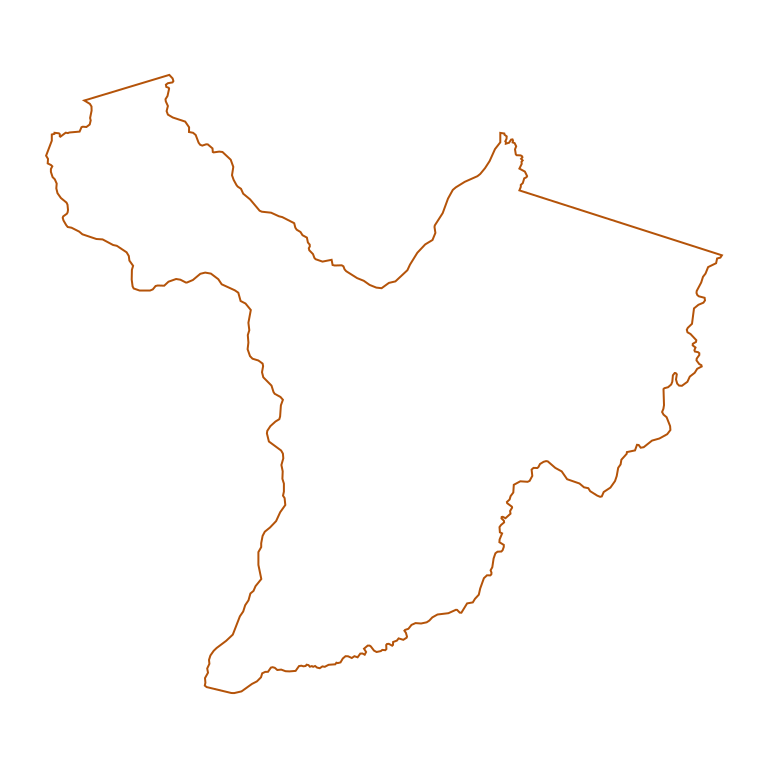 the district of San Francisco, Antioquia, Colombia
{"feature_id": "7082276B5434508812128", "entity_name": "San Francisco", "entity_type": "district", "adm_level": 2, "iso_a3": "COL", "parent_name": "Colombia", "parent_adm1": "Antioquia", "projection": "mercator", "projection_center": [-74.988, 5.874], "detail": "fine", "context": "isolated", "style": "outline", "palette": "amber", "viewbox_px": 768, "rotation_deg": 0, "n_neighbors": 0, "source": "geoboundaries", "source_scale": "gbopen_adm2", "svg_char_len": 6067}
<svg xmlns="http://www.w3.org/2000/svg" viewBox="0 0 768 768"><path d="M721.9,255.3L519.4,190.4L520.8,186.9L520.8,184.9L522.8,183.1L524.2,178.4L526.5,177.2L527.1,176.1L524.9,171.6L519.4,168.6L521.7,163.9L521.5,161.8L522.7,160.4L521.1,158.8L522.4,157.4L522.2,156.4L520.7,155.4L516.6,155.2L515.8,154.3L515.0,149.3L516.2,146.3L514.6,143.1L512.6,142.4L513.0,140.5L512.5,139.4L511.1,139.6L509.1,142.7L505.8,143.7L505.9,142.0L505.3,141.3L506.5,138.9L506.7,136.4L504.5,134.7L504.3,133.5L500.3,132.9L500.3,142.3L495.0,149.1L489.6,161.1L485.0,168.2L480.2,174.0L477.4,176.2L464.8,181.8L455.9,187.3L452.8,189.9L448.0,198.6L442.7,213.1L434.8,225.4L434.5,227.0L435.4,232.9L432.5,240.0L425.2,244.4L417.3,252.8L410.0,264.6L407.4,270.2L395.4,281.4L388.9,282.9L381.6,288.2L376.3,287.6L369.6,284.9L363.8,280.8L357.1,278.1L346.2,271.2L344.6,269.4L343.4,266.3L341.7,265.3L334.7,265.5L332.6,265.0L331.6,259.8L322.5,261.6L315.6,259.2L314.4,257.9L313.0,254.1L309.3,250.3L308.8,248.2L309.8,246.5L309.7,244.6L307.9,242.5L306.9,237.6L302.5,235.2L300.5,232.0L296.7,229.7L295.3,227.6L294.2,223.2L282.3,217.1L279.0,216.3L271.1,212.7L261.8,211.7L259.6,210.7L250.1,199.4L243.2,193.7L241.0,188.8L237.7,186.6L236.5,185.1L233.6,179.8L232.0,175.2L233.3,166.9L230.7,159.7L222.5,152.0L219.2,151.6L213.6,152.4L212.8,152.0L212.5,148.4L207.8,144.4L206.2,144.3L202.3,145.6L200.2,144.8L198.6,142.7L195.7,135.0L193.1,132.8L189.0,132.0L189.1,127.3L185.2,121.6L172.8,117.5L167.9,114.6L166.6,111.1L167.9,106.0L165.8,101.4L165.5,99.2L167.5,96.0L169.1,88.7L168.7,87.8L166.3,86.9L165.9,84.7L167.9,83.2L172.5,82.4L173.4,81.1L172.6,78.4L169.3,74.9L84.3,100.5L89.9,103.9L91.5,106.5L91.6,110.6L90.1,118.0L90.7,120.4L89.7,124.5L86.4,127.0L82.8,126.7L81.5,127.2L79.6,131.6L69.3,132.5L67.9,133.1L65.7,132.7L60.4,136.7L59.8,136.3L59.8,134.2L58.9,133.3L54.5,132.8L54.4,133.9L51.8,134.5L51.8,140.7L46.1,155.7L48.0,158.9L47.7,163.4L51.1,165.1L52.3,166.3L50.9,169.0L50.9,171.9L52.6,177.1L54.8,179.3L56.7,183.6L56.3,188.3L57.5,193.2L60.9,198.0L66.5,202.6L67.5,204.7L68.0,210.0L67.6,212.4L66.9,213.7L63.2,216.4L62.7,217.8L63.5,220.5L66.2,225.1L67.7,227.0L71.5,227.7L79.2,231.6L82.4,234.3L96.4,239.0L102.6,239.4L113.1,245.0L116.8,245.8L126.6,252.3L128.8,256.0L129.4,260.6L133.1,265.8L131.9,269.8L131.7,279.6L132.6,286.4L133.7,288.5L139.5,290.5L150.1,290.5L152.8,289.4L155.6,286.0L157.7,285.5L164.2,285.7L168.5,281.7L176.1,279.0L180.4,279.7L185.8,282.5L187.0,282.5L192.9,280.0L200.3,273.8L205.2,272.6L210.9,273.6L218.3,279.2L221.7,284.3L234.8,290.3L238.3,292.7L240.6,301.0L245.5,303.5L250.8,310.0L248.4,322.8L249.3,330.2L247.8,335.1L248.4,342.6L247.6,349.2L250.0,356.1L252.5,358.7L258.4,360.5L262.6,363.6L263.1,366.1L262.0,372.2L263.3,377.3L271.5,385.6L273.5,392.0L274.7,393.8L280.5,397.0L282.9,399.8L280.9,405.3L280.1,416.5L279.3,419.2L275.5,421.5L270.4,426.1L267.3,430.8L266.9,433.4L268.9,441.5L281.1,450.5L282.9,453.6L283.3,458.3L281.4,465.0L282.7,471.3L282.4,478.8L283.9,483.6L283.9,491.6L283.0,495.7L284.6,498.1L285.3,505.0L280.2,512.2L276.1,521.1L270.0,527.5L264.8,531.7L262.6,535.9L261.2,543.2L261.2,547.1L258.4,552.1L258.4,564.9L261.3,579.0L255.5,586.2L253.5,590.9L250.4,593.5L248.5,600.3L245.2,605.2L243.2,611.5L239.9,616.3L232.8,634.6L226.2,640.8L216.6,648.0L213.7,650.8L210.4,655.5L209.0,659.9L209.4,663.8L207.2,668.5L208.0,672.7L205.0,678.1L205.4,682.7L204.8,685.6L206.7,687.1L231.3,693.0L234.1,693.1L241.5,691.4L252.0,683.9L256.9,681.4L261.0,677.3L262.2,673.3L265.2,671.9L268.0,671.8L270.9,667.6L272.6,667.2L274.8,667.8L277.3,670.0L281.2,669.6L285.5,671.2L289.4,671.4L295.6,670.9L299.0,666.1L301.3,665.7L303.4,666.3L305.6,666.0L306.6,664.7L308.5,665.1L309.9,666.7L311.9,666.1L313.1,666.8L315.1,666.0L317.1,667.6L319.8,668.2L322.4,666.4L324.8,666.8L328.6,664.8L335.3,664.3L336.4,662.7L337.8,663.1L340.5,662.4L342.8,658.5L345.5,656.2L348.1,656.3L351.8,658.0L354.4,656.2L357.6,657.3L360.3,653.6L362.5,653.5L364.7,654.7L366.1,652.0L364.0,648.7L367.7,645.6L369.6,645.6L370.8,646.4L374.0,650.6L376.6,652.0L380.8,651.1L382.3,649.9L385.3,650.2L386.4,649.0L386.2,645.0L387.0,644.0L388.8,643.8L392.2,645.7L393.0,644.9L393.1,642.0L396.9,640.6L398.6,638.4L403.3,639.8L406.6,637.7L407.0,636.6L405.9,632.8L404.4,630.7L405.1,629.9L408.4,628.8L411.5,624.9L415.5,623.1L421.1,623.5L426.7,622.3L429.3,620.6L432.3,617.4L437.5,614.5L448.4,613.2L455.9,609.8L457.1,609.9L459.7,612.6L461.4,612.7L467.1,603.4L472.8,602.4L475.0,598.8L478.8,594.7L480.2,588.5L483.9,578.2L487.0,575.3L490.3,575.4L491.3,574.4L491.5,572.7L490.6,570.3L492.3,567.2L493.6,558.5L495.4,553.3L497.5,551.7L501.4,551.5L502.6,550.2L503.8,546.9L503.8,544.9L499.4,542.2L499.6,539.5L502.1,533.4L499.9,532.3L499.5,527.1L501.0,525.0L504.1,522.4L503.9,520.7L501.5,518.4L501.7,517.0L502.7,516.8L505.5,518.2L510.5,513.7L510.1,511.0L512.1,507.7L511.9,506.7L507.2,503.2L506.9,502.0L509.6,499.5L510.6,496.1L513.3,492.5L513.8,484.8L520.3,481.3L527.6,481.8L529.6,480.9L532.3,475.9L531.6,469.6L533.5,467.9L537.3,468.0L538.4,467.1L540.0,464.0L543.6,461.8L546.1,461.1L547.8,461.4L555.3,467.9L561.7,471.4L567.1,479.2L579.5,483.5L584.0,487.3L588.3,488.2L590.2,491.2L597.2,495.6L600.1,496.8L601.8,496.4L603.7,492.0L610.4,487.6L615.0,481.1L616.7,476.1L618.2,467.8L620.6,464.4L621.4,459.7L626.7,453.8L626.9,452.1L635.0,450.4L637.0,444.8L638.7,445.0L640.7,447.7L643.7,447.2L652.0,440.6L659.4,438.5L667.2,434.2L670.4,430.0L670.1,426.1L666.6,417.2L663.5,414.6L662.1,412.0L663.4,408.8L664.0,405.1L663.5,389.1L664.4,388.2L668.1,387.2L671.2,384.5L672.3,381.7L672.9,375.3L674.7,373.0L675.7,373.1L676.8,374.3L676.0,379.5L677.2,383.6L679.1,385.6L681.9,385.8L687.4,381.8L689.8,376.6L694.7,372.8L697.2,368.8L701.7,366.5L701.4,365.2L699.2,364.0L696.5,360.4L696.7,358.6L699.3,355.0L699.3,353.2L698.1,352.2L694.9,351.5L694.4,350.2L695.5,347.5L692.7,345.4L692.8,343.8L696.0,341.9L696.3,340.2L690.5,334.0L687.5,332.3L686.8,329.8L687.8,327.8L692.0,323.8L694.0,308.4L698.4,304.8L703.4,302.7L705.0,300.4L704.6,297.8L698.8,296.3L697.3,295.0L696.5,293.0L696.7,291.0L701.2,282.5L703.0,276.8L705.5,273.6L708.1,267.1L716.1,263.2L717.1,258.5L720.4,257.6L721.9,255.3Z" fill="none" stroke="#b45309" stroke-width="2"/></svg>